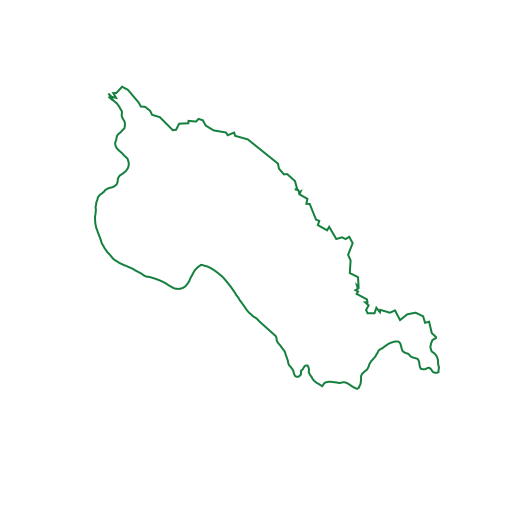 IX-1 Rupununi West, Upper Takutu-Upper Essequibo, Guyana, rotated 127°
{"feature_id": "73187651B14852666038275", "entity_name": "IX-1 Rupununi West", "entity_type": "district", "adm_level": 2, "iso_a3": "GUY", "parent_name": "Guyana", "parent_adm1": "Upper Takutu-Upper Essequibo", "projection": "robinson", "projection_center": [-59.236, 3.169], "detail": "fine", "context": "isolated", "style": "outline", "palette": "green", "viewbox_px": 512, "rotation_deg": 127, "n_neighbors": 0, "source": "geoboundaries", "source_scale": "gbopen_adm2", "svg_char_len": 6068}
<svg xmlns="http://www.w3.org/2000/svg" viewBox="0 0 512 512"><g transform="rotate(127 256 256)"><path d="M238.9,40.4L237.7,41.3L236.0,42.2L234.9,42.8L233.9,44.0L233.1,45.1L232.1,46.0L230.8,47.1L229.6,48.1L228.5,49.5L227.8,50.6L227.1,52.0L226.6,53.7L226.4,55.0L226.5,56.4L226.5,57.8L226.0,59.2L224.3,61.4L223.3,62.3L222.0,62.8L220.8,63.4L219.6,63.8L216.9,64.5L213.2,62.9L212.4,63.5L211.8,69.2L204.3,78.2L207.6,80.8L203.6,86.2L205.2,94.4L211.5,100.1L220.5,102.4L215.8,112.2L220.7,114.9L224.2,124.3L226.3,123.2L224.9,128.7L230.4,126.9L234.6,132.4L232.9,135.6L227.7,136.3L227.3,140.9L225.9,139.1L223.9,141.3L225.7,152.8L223.0,153.1L223.4,156.0L220.9,154.9L218.6,157.9L218.8,155.6L211.5,161.8L213.2,170.8L202.6,177.8L199.6,183.2L187.6,186.5L184.6,193.1L188.5,194.6L189.3,198.5L194.1,202.1L188.7,215.1L192.7,214.7L194.1,225.2L189.9,226.6L190.8,230.0L182.2,244.3L184.0,247.2L179.4,249.4L180.6,258.4L177.6,259.2L179.4,259.9L177.9,261.9L179.4,265.0L177.6,263.6L172.7,270.0L171.8,280.3L174.0,282.9L172.4,290.3L169.0,294.0L167.8,332.7L172.6,345.0L170.6,347.7L176.6,351.3L175.4,354.2L181.2,365.5L182.1,374.6L179.6,380.2L181.1,384.4L184.7,384.8L188.7,391.2L190.7,389.9L196.6,397.0L203.3,395.8L205.6,398.1L203.0,416.3L205.8,424.0L203.8,427.8L203.6,434.3L205.9,437.9L204.0,442.3L200.4,458.1L201.4,464.8L209.8,465.6L211.8,468.0L213.9,462.9L215.8,467.2L215.0,471.6L216.7,466.5L217.2,468.3L217.1,468.6L217.5,468.7L217.7,467.2L217.8,465.7L217.7,464.0L217.7,462.5L217.7,461.1L217.8,459.6L218.1,458.1L218.5,456.8L219.0,455.3L219.8,453.4L220.5,452.1L221.1,450.3L222.1,449.3L223.5,448.6L225.0,447.5L226.1,445.8L226.7,444.6L227.2,443.1L227.8,441.8L228.7,440.8L230.0,439.7L232.9,438.0L234.4,438.0L235.9,438.4L238.8,438.6L240.2,439.0L241.7,439.3L243.4,439.3L245.2,438.7L246.3,438.1L247.5,437.4L248.9,437.1L250.0,436.7L251.2,436.0L252.1,435.0L253.2,433.4L253.6,432.1L254.0,430.7L254.3,427.9L254.4,426.2L254.5,424.8L254.8,423.4L255.1,422.0L255.4,418.3L255.7,417.0L256.6,415.8L257.4,414.6L258.3,413.7L259.4,412.7L260.5,412.1L261.7,411.6L262.9,411.2L264.2,411.1L265.5,411.1L267.0,411.1L268.4,411.5L270.1,411.9L271.5,412.4L273.2,413.1L274.6,413.2L276.0,413.1L277.3,412.8L278.5,412.2L279.7,411.3L281.0,410.8L282.4,410.4L284.0,410.6L285.1,411.0L286.4,411.4L287.8,412.3L288.8,413.1L290.1,414.2L291.5,415.1L293.1,415.7L294.5,416.2L295.8,416.0L297.2,416.4L298.6,416.6L300.1,417.2L301.5,417.5L303.0,417.6L304.7,417.5L306.0,416.7L307.3,416.3L309.0,415.9L310.3,415.2L311.3,414.5L312.7,414.0L313.8,413.3L314.8,412.3L315.7,411.5L318.3,409.9L320.7,408.6L322.0,407.9L323.0,407.0L324.1,406.2L325.2,405.2L326.3,404.3L327.4,403.1L328.6,401.7L329.5,400.8L330.3,399.5L331.2,398.0L332.3,396.6L333.2,394.9L334.1,393.7L334.8,392.2L335.7,391.1L336.7,389.5L337.9,387.9L338.7,386.8L339.4,385.0L340.0,383.5L340.8,381.9L341.3,380.4L341.8,378.8L342.3,377.2L342.6,375.7L342.8,374.0L343.2,372.5L343.6,370.7L344.0,369.3L344.2,367.9L344.2,366.4L344.1,364.8L343.9,362.9L343.8,361.4L343.6,359.9L343.1,357.9L342.9,356.5L342.5,355.2L342.1,353.9L341.3,350.4L340.8,348.5L340.4,346.7L340.3,345.3L340.2,343.9L339.7,341.1L339.5,339.7L339.2,338.1L339.0,336.3L339.0,334.8L338.9,332.9L338.5,331.4L337.7,329.9L336.9,328.5L336.3,327.1L335.9,325.9L335.3,324.2L334.8,322.9L334.3,321.2L333.3,317.7L332.9,315.9L332.6,314.4L332.4,312.9L332.1,311.3L332.1,309.8L331.8,306.5L331.5,304.9L331.3,303.1L331.0,301.7L330.4,300.4L329.4,298.8L328.4,297.4L326.8,296.1L325.3,295.1L323.8,294.5L322.5,294.1L321.2,294.1L320.1,294.0L318.6,294.0L317.1,294.2L315.9,294.3L314.5,294.7L313.1,295.0L311.7,295.3L310.3,295.4L309.0,295.6L307.5,295.9L306.0,296.1L303.5,296.3L302.1,296.0L300.6,295.9L299.1,295.5L297.8,295.0L296.3,294.7L295.4,293.3L295.0,291.9L294.5,290.6L293.9,289.3L293.4,287.4L293.1,285.7L292.8,284.3L292.7,282.4L292.5,280.6L292.5,279.0L292.5,277.0L292.5,275.2L292.6,273.4L292.7,271.1L293.0,269.0L293.5,266.6L294.0,264.5L294.3,263.1L294.9,260.8L295.4,259.0L295.8,257.4L296.5,255.3L297.2,253.2L297.6,251.9L298.3,250.0L298.9,248.7L299.5,246.6L300.0,244.8L300.8,243.1L301.5,240.9L302.2,238.5L302.7,236.9L303.1,235.6L303.6,234.0L304.3,232.1L304.8,230.4L305.3,228.3L305.5,226.3L305.6,224.4L305.9,223.0L305.9,221.4L305.6,219.3L305.6,217.5L306.1,214.6L306.3,212.9L308.1,192.0L308.8,190.7L310.1,189.5L311.0,188.6L311.7,187.3L312.3,185.5L313.0,182.2L313.6,180.6L314.3,178.0L314.8,176.1L315.4,174.9L316.2,173.8L317.3,172.5L317.9,171.3L318.7,170.2L320.6,167.3L321.7,166.3L322.5,165.2L323.2,164.1L323.6,162.3L323.9,160.9L324.4,159.4L324.8,157.9L325.6,156.6L326.7,155.4L327.6,154.0L328.3,152.6L328.1,151.2L327.4,150.0L326.4,149.2L324.9,149.0L323.7,148.8L322.5,149.5L321.4,150.5L320.2,151.0L318.9,150.5L317.5,150.6L316.2,150.8L314.6,150.8L313.5,150.3L312.5,149.1L313.0,147.6L313.8,146.4L314.8,145.4L315.8,144.6L316.9,144.1L317.8,142.7L318.8,140.2L319.1,138.9L319.9,137.3L320.5,135.3L320.8,133.0L320.8,131.4L320.6,130.0L320.4,128.3L320.3,126.6L320.1,124.8L318.7,124.8L317.3,124.9L315.8,124.8L314.6,123.9L313.3,122.8L312.2,121.7L311.5,120.6L310.8,119.4L308.8,116.0L307.9,114.3L307.3,113.0L306.4,112.1L304.9,110.9L303.8,109.7L303.1,108.2L302.7,106.8L302.5,104.9L302.4,103.1L302.3,101.5L302.2,99.7L301.9,98.3L301.7,96.6L301.1,95.2L299.5,94.6L298.1,95.0L296.9,95.2L295.6,95.4L294.4,96.0L293.2,96.7L292.0,97.4L290.9,98.1L289.7,99.1L288.6,99.8L286.9,100.3L285.4,100.2L283.9,99.9L282.7,99.7L280.1,99.0L278.7,99.1L277.5,99.3L276.1,99.6L275.0,100.1L273.8,100.4L272.2,100.6L270.7,100.7L267.5,100.4L265.8,100.3L264.3,100.2L261.8,100.6L260.0,100.7L258.5,101.1L257.2,101.1L255.7,100.6L254.4,100.1L253.3,99.4L251.8,99.1L249.2,98.3L248.1,97.9L246.7,97.4L245.5,96.9L244.0,96.0L241.5,94.2L240.3,93.1L239.4,91.9L238.6,90.6L238.8,88.9L239.5,87.4L240.5,86.2L241.6,84.8L242.6,83.5L243.5,82.2L243.8,80.7L243.6,78.9L243.2,77.4L242.6,76.0L242.6,74.4L243.1,72.8L243.0,71.0L242.4,68.9L241.8,67.6L241.1,65.7L241.0,64.4L241.7,63.1L242.4,62.1L243.6,60.8L244.5,60.0L245.4,58.9L246.4,57.7L246.8,56.1L246.1,54.7L245.0,53.2L244.1,52.4L242.7,51.9L241.6,51.2L240.9,50.0L241.1,48.0L241.7,46.4L242.1,44.9L241.8,43.5L241.2,42.2L240.3,41.2L238.9,40.4Z" fill="none" stroke="#15803d" stroke-width="2"/></g></svg>